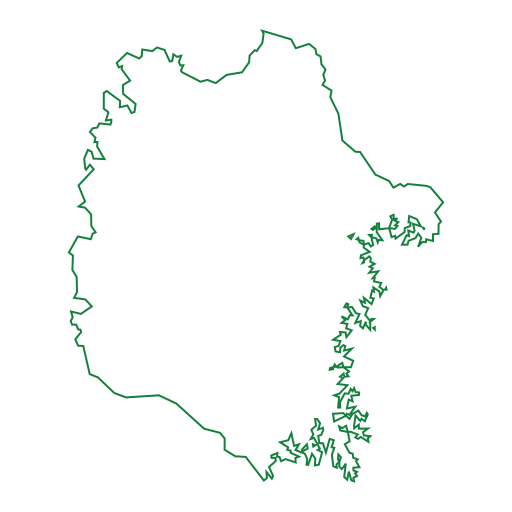 outline of Nioaque, Mato Grosso do Sul, Brazil
{"feature_id": "56859067B14373210105455", "entity_name": "Nioaque", "entity_type": "district", "adm_level": 2, "iso_a3": "BRA", "parent_name": "Brazil", "parent_adm1": "Mato Grosso do Sul", "projection": "natural_earth1", "projection_center": [-55.801, -21.112], "detail": "fine", "context": "isolated", "style": "outline", "palette": "green", "viewbox_px": 512, "rotation_deg": 0, "n_neighbors": 0, "source": "geoboundaries", "source_scale": "gbopen_adm2", "svg_char_len": 6047}
<svg xmlns="http://www.w3.org/2000/svg" viewBox="0 0 512 512"><path d="M142.3,49.5L141.7,56.2L139.2,58.5L127.1,53.0L116.7,62.9L118.7,67.3L122.2,66.1L121.6,69.1L130.1,80.7L122.9,85.0L123.2,94.0L135.6,103.9L134.5,111.9L131.5,113.0L127.4,105.5L119.8,107.2L120.1,100.9L106.7,91.0L103.8,92.9L103.8,108.7L108.4,112.3L105.9,120.5L111.3,119.7L111.3,122.1L110.4,124.6L99.4,123.4L97.3,127.5L92.6,128.4L89.9,132.0L95.5,137.7L94.4,142.1L97.4,142.0L97.1,146.5L104.5,159.1L93.5,158.6L91.6,151.7L87.9,149.9L84.2,158.6L85.2,168.3L86.1,169.7L89.9,164.7L93.7,169.3L78.5,185.5L85.1,201.6L78.7,206.5L85.1,207.7L91.1,214.3L91.3,225.9L95.6,232.3L92.6,233.7L90.8,239.2L77.8,236.5L68.9,252.5L72.9,255.5L72.4,270.0L76.7,277.0L77.0,292.2L74.1,297.9L85.3,299.4L91.8,306.4L80.9,313.9L71.0,311.5L72.7,317.2L70.7,321.2L72.2,324.7L76.2,324.6L78.2,329.5L80.4,329.6L81.2,332.0L75.3,339.3L78.1,345.7L83.3,346.0L89.7,374.1L97.9,377.4L114.3,393.0L126.0,397.4L158.8,395.3L176.3,403.5L204.1,428.7L220.0,432.8L224.7,438.5L224.6,449.7L235.3,456.3L245.7,456.9L263.9,480.5L266.9,478.1L266.5,472.0L271.8,478.6L273.1,475.9L269.0,467.0L275.7,461.1L275.5,457.9L271.5,457.9L271.3,455.5L277.4,453.0L277.1,456.6L279.5,457.0L281.1,461.2L285.5,459.1L295.7,462.4L295.4,458.0L299.0,456.6L290.6,452.8L290.7,450.7L287.2,449.8L288.2,447.4L280.1,442.3L288.3,440.2L291.4,433.3L294.1,445.9L299.0,444.3L295.5,450.1L304.8,453.6L307.3,459.1L306.5,464.6L308.1,465.0L312.0,453.8L315.3,458.6L314.9,465.4L318.8,464.7L322.1,452.2L317.7,450.0L319.8,448.6L314.0,437.9L310.7,439.0L313.3,434.6L311.4,429.7L316.0,425.8L315.1,419.0L317.3,419.1L320.1,423.3L318.2,429.5L322.9,427.8L323.3,429.8L321.2,434.9L318.2,435.9L319.3,443.1L323.0,443.3L325.9,452.6L329.7,438.9L333.8,440.3L331.6,447.3L334.3,447.7L331.9,454.7L333.3,466.3L336.8,467.7L336.5,464.4L339.4,461.9L339.3,466.6L341.9,469.1L345.8,463.6L344.2,476.9L347.2,479.7L348.9,471.6L351.3,480.3L354.0,481.3L353.4,477.8L357.1,475.9L355.0,473.4L357.0,471.9L353.4,470.4L353.4,467.7L359.4,467.2L356.0,461.1L357.7,459.4L353.3,457.9L352.6,453.6L349.5,452.8L344.8,444.2L349.6,441.4L347.9,432.1L350.4,431.7L357.8,434.5L355.3,437.5L358.1,438.9L360.7,436.9L368.4,441.8L367.8,438.3L370.3,436.2L363.9,435.4L363.0,432.2L368.0,428.5L358.8,428.7L358.8,424.7L354.2,428.3L354.0,426.3L355.5,415.5L360.3,420.9L361.5,418.7L364.8,421.3L367.8,414.4L366.8,412.9L365.1,416.5L361.5,415.1L358.4,410.6L352.5,413.8L349.5,418.8L346.0,415.8L346.9,413.7L349.3,414.9L355.3,406.7L346.9,408.5L348.7,399.6L352.6,401.3L351.3,395.7L358.9,395.0L359.2,392.5L355.6,392.1L354.1,388.2L352.5,391.2L350.7,388.8L348.6,393.7L344.7,393.4L340.0,402.3L340.2,407.5L338.1,407.5L339.1,397.2L334.3,395.3L339.4,393.7L347.4,385.2L337.7,384.0L343.1,378.2L340.0,376.7L343.6,373.6L344.3,376.7L348.5,376.4L346.5,373.7L349.1,371.4L343.4,367.2L350.9,367.2L353.2,360.8L344.0,356.4L351.8,348.7L344.1,350.6L345.3,346.1L343.4,345.2L340.3,347.7L340.1,352.3L335.5,351.4L334.8,347.1L338.6,345.9L340.4,341.0L333.2,339.8L340.8,334.7L339.9,332.0L345.6,332.5L346.5,337.1L351.7,330.3L346.1,328.3L347.4,323.9L341.6,322.9L345.2,320.1L341.5,316.3L347.8,319.3L349.9,315.2L352.5,315.4L347.2,307.4L352.1,307.1L355.9,313.2L359.5,314.0L355.3,323.0L360.8,321.1L360.1,325.8L362.9,328.4L365.9,321.7L365.6,324.5L370.2,329.8L370.3,321.2L365.2,314.8L368.2,308.1L362.9,306.2L360.3,300.6L365.0,302.8L363.9,297.8L371.6,304.1L373.7,298.5L370.4,297.7L372.1,290.5L374.0,291.6L373.4,287.4L379.4,291.5L380.2,296.2L383.5,290.0L379.4,286.9L381.2,283.0L374.0,281.4L374.7,278.0L372.7,278.3L378.2,271.3L369.2,272.8L372.8,268.3L369.5,266.7L374.6,263.9L370.3,261.7L370.8,258.2L369.3,256.4L364.2,260.1L363.2,257.5L360.5,258.1L360.9,255.3L369.7,251.9L363.7,247.6L363.9,244.6L368.5,243.1L370.8,246.5L373.1,244.9L371.3,237.1L376.4,238.4L377.8,242.5L378.7,239.9L382.4,240.3L376.7,232.2L376.8,223.6L379.0,223.3L379.1,229.3L389.1,228.2L391.6,237.1L395.1,235.8L395.6,238.6L404.6,232.0L404.8,228.1L410.4,226.0L410.5,222.5L408.5,222.4L409.2,216.0L416.8,219.2L420.9,226.4L413.0,223.8L414.6,230.9L413.6,232.6L408.3,230.5L409.0,236.1L406.7,235.2L401.9,244.7L407.5,244.6L408.6,240.8L415.5,238.1L418.2,233.6L421.3,237.8L418.1,246.8L422.0,242.1L425.9,242.1L426.2,239.3L433.0,241.0L432.9,234.3L438.5,233.8L438.6,224.2L441.0,221.6L435.0,212.4L443.1,202.3L430.2,187.1L426.6,185.9L407.8,184.0L403.9,186.5L400.3,183.9L393.4,187.6L389.2,181.1L375.4,174.6L360.1,152.0L355.4,151.7L342.4,140.5L338.4,113.7L330.3,97.2L331.5,90.6L322.5,84.9L325.1,80.6L323.3,74.8L325.5,69.5L321.5,64.3L320.5,56.4L316.4,54.2L315.5,49.1L309.1,43.9L295.8,48.2L291.2,39.4L262.1,30.7L263.6,33.6L262.3,43.1L256.7,51.0L254.8,50.2L249.6,55.5L249.1,62.4L242.0,72.3L226.6,74.9L215.7,83.1L207.4,79.9L200.5,81.7L182.2,72.3L180.9,70.7L183.3,65.2L180.4,65.5L178.9,62.0L181.2,55.7L177.1,56.9L173.4,54.3L172.2,61.0L169.8,61.5L164.5,49.9L157.0,47.5L152.3,51.1L142.3,49.5ZM389.1,228.2L392.1,219.7L390.3,216.3L393.6,214.8L393.7,219.0L397.4,218.4L394.6,220.5L398.3,222.2L395.0,225.3L397.4,225.9L395.1,228.8L389.1,228.2ZM346.0,415.8L334.1,421.5L333.0,413.8L343.3,413.1L346.0,415.8ZM347.9,432.1L340.2,430.4L339.2,426.4L342.1,428.2L346.1,425.8L347.9,432.1ZM343.4,367.2L338.1,367.6L336.2,366.8L342.3,362.9L343.4,367.2ZM301.6,451.6L302.4,449.1L306.9,444.3L307.7,448.6L301.6,451.6ZM363.9,244.6L359.6,242.5L358.8,240.1L363.5,240.9L363.9,244.6ZM353.6,234.1L351.0,239.0L348.3,236.4L353.6,234.1ZM339.4,461.9L338.1,459.7L338.3,454.4L340.9,457.2L339.4,461.9ZM347.2,307.4L344.3,307.2L346.4,303.4L348.2,304.1L347.2,307.4ZM376.4,227.5L372.9,229.9L371.5,228.9L374.8,226.4L376.4,227.5ZM333.6,366.9L333.0,369.2L329.7,369.8L330.0,368.1L333.6,366.9ZM371.3,237.1L369.2,235.0L372.0,234.8L371.3,237.1ZM336.2,366.8L333.6,366.9L334.7,364.5L336.2,366.8ZM315.4,445.2L313.3,446.6L312.9,444.3L315.4,445.2ZM423.9,228.0L424.6,229.7L422.5,227.3L423.9,228.0ZM358.8,240.1L356.6,239.2L358.3,237.8L358.8,240.1ZM364.2,260.1L364.1,262.3L362.6,263.0L364.2,260.1ZM370.3,321.2L372.2,320.3L373.8,319.0L371.4,318.9L370.3,321.2ZM374.8,329.5L374.7,327.1L373.2,328.0L374.8,329.5ZM386.5,289.7L386.1,287.8L385.0,289.6L386.5,289.7Z" fill="none" stroke="#15803d" stroke-width="2"/></svg>